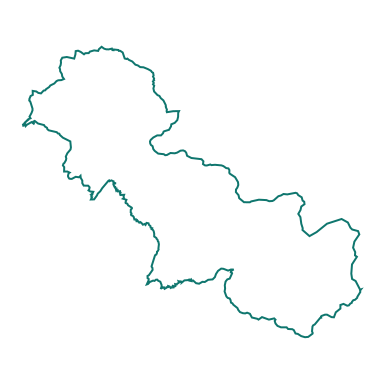 the district of Orastioara De Sus, Hunedoara, Romania
{"feature_id": "2599482B76008210683345", "entity_name": "Orastioara De Sus", "entity_type": "district", "adm_level": 2, "iso_a3": "ROU", "parent_name": "Romania", "parent_adm1": "Hunedoara", "projection": "albers", "projection_center": [23.232, 45.653], "detail": "fine", "context": "isolated", "style": "outline", "palette": "teal", "viewbox_px": 384, "rotation_deg": 0, "n_neighbors": 0, "source": "geoboundaries", "source_scale": "gbopen_adm2", "svg_char_len": 5930}
<svg xmlns="http://www.w3.org/2000/svg" viewBox="0 0 384 384"><path d="M304.5,204.2L304.2,201.7L302.6,200.6L301.7,197.3L298.2,195.1L297.2,193.4L295.6,192.8L287.3,194.4L283.5,194.0L280.9,195.5L278.4,196.2L273.8,200.3L272.3,201.0L269.2,201.2L266.4,200.1L258.9,199.7L251.2,201.4L249.8,202.3L244.0,202.2L239.2,198.2L238.5,195.1L235.9,192.1L236.0,189.5L237.3,187.7L238.3,185.0L238.0,182.1L235.1,177.2L229.7,173.6L229.3,172.8L229.4,170.1L228.4,168.4L226.2,168.1L223.4,166.1L221.5,165.4L215.0,164.8L211.4,165.1L210.3,164.5L206.8,165.5L205.0,165.4L203.0,164.1L203.4,161.3L201.5,159.2L191.4,158.0L187.1,155.8L186.2,152.7L185.0,151.2L183.1,150.4L180.4,150.7L177.2,152.6L174.8,153.3L170.5,153.0L166.9,155.0L165.2,155.2L163.8,154.2L158.2,153.6L154.7,150.9L153.3,149.1L152.6,146.2L150.9,144.9L150.2,143.4L150.0,141.4L150.7,139.9L153.3,137.5L157.2,135.4L161.0,135.4L163.0,133.3L163.6,131.6L164.4,131.2L169.0,129.8L171.0,126.4L171.3,124.3L174.7,122.9L177.3,120.1L178.1,116.8L178.2,112.8L179.0,111.1L173.2,111.2L166.9,112.2L166.6,111.1L166.9,109.5L165.9,107.3L165.8,105.9L165.0,105.6L165.8,105.7L165.7,105.0L163.4,100.4L160.8,98.2L159.4,95.9L157.5,95.1L154.1,91.5L153.4,88.4L154.2,85.6L153.0,84.3L153.8,83.0L152.9,81.4L154.1,80.2L153.7,79.6L154.1,78.6L153.0,76.5L153.6,75.5L153.1,72.8L151.9,72.1L151.0,70.8L147.9,69.1L143.5,67.3L140.2,67.1L137.8,65.4L135.4,64.7L132.3,61.5L128.9,59.9L127.4,58.6L126.6,59.0L124.7,58.5L122.7,52.5L120.3,50.9L118.8,50.9L118.4,50.0L113.9,49.5L113.7,50.2L112.4,50.1L111.9,48.6L108.6,49.4L106.2,49.3L104.2,48.7L101.6,46.8L98.9,49.2L98.2,50.9L94.1,50.4L89.9,51.6L88.7,53.1L85.3,53.2L84.0,54.3L80.7,51.9L78.1,50.7L76.1,51.0L75.7,51.1L75.4,54.5L74.2,58.6L66.8,57.0L62.3,57.7L60.8,60.4L61.0,62.7L60.6,65.2L59.4,67.8L60.0,69.0L60.2,71.3L61.8,73.9L62.3,76.6L64.0,79.0L61.3,80.1L58.2,80.3L56.5,81.1L54.3,83.5L50.3,85.5L49.2,87.0L45.9,89.3L45.3,90.3L43.6,90.6L41.0,93.4L38.3,92.9L36.4,91.5L32.7,90.9L32.8,94.9L30.6,96.0L29.3,99.2L29.6,100.1L29.3,100.6L30.4,101.9L32.5,108.6L32.5,110.4L31.5,113.0L29.5,116.7L30.5,118.3L28.3,119.2L27.2,120.3L27.5,120.4L24.9,122.5L25.2,122.9L23.0,124.6L23.3,125.7L25.2,124.9L25.6,126.1L26.8,124.8L31.5,122.1L33.7,123.7L34.0,123.1L33.4,122.4L33.3,121.6L34.7,120.9L38.0,123.5L44.1,125.1L44.8,126.4L47.0,127.8L47.4,129.2L48.7,130.3L56.8,132.2L57.8,133.4L59.3,133.7L59.9,135.0L62.9,137.7L70.3,141.4L70.9,147.4L70.5,149.5L67.3,153.3L65.8,156.6L66.3,158.5L65.9,160.3L64.3,163.1L63.5,163.6L62.9,165.4L64.2,167.1L64.1,171.5L67.3,171.5L69.6,172.6L68.6,173.3L68.0,175.6L68.1,176.7L69.1,178.5L70.0,178.8L71.8,178.9L75.7,176.8L79.0,177.3L80.5,175.8L80.7,177.8L82.3,180.6L82.3,183.2L83.7,185.6L88.2,185.7L89.6,187.3L89.3,189.1L88.5,190.4L90.3,191.5L93.3,191.8L92.8,193.0L91.2,194.5L92.1,194.8L91.3,196.0L91.4,197.0L92.0,197.2L90.9,199.5L94.1,199.4L96.9,195.5L97.8,193.6L100.3,191.2L102.2,188.2L108.4,180.8L109.1,180.4L109.5,181.2L111.4,180.4L113.6,181.4L113.4,182.7L116.0,183.3L113.8,183.7L113.4,184.4L114.3,186.5L115.1,186.8L114.9,187.6L115.6,188.2L116.1,190.1L116.7,189.2L117.2,190.8L117.7,190.5L117.8,191.4L120.0,191.2L119.9,192.6L120.5,192.7L120.1,194.0L120.4,195.0L124.1,194.8L123.6,196.2L123.9,198.0L123.0,198.7L126.4,199.8L125.5,202.3L125.7,203.1L127.3,203.7L128.1,205.3L131.8,207.7L131.9,208.5L130.8,209.6L130.7,212.4L131.5,213.4L131.0,214.7L131.3,215.3L132.7,215.8L133.7,216.9L134.4,219.5L135.9,219.3L136.4,220.9L137.2,220.4L137.4,221.3L138.3,221.3L139.2,222.6L140.1,222.2L140.2,222.6L141.2,222.6L142.9,224.7L144.6,224.0L145.5,224.9L146.5,222.9L148.5,223.3L149.0,224.9L150.4,226.0L150.6,227.5L152.2,228.2L151.6,229.1L152.9,229.9L153.7,231.2L154.2,233.6L154.2,236.5L156.3,237.9L156.5,238.7L157.5,239.7L157.9,241.3L158.4,241.7L158.9,244.3L158.4,248.6L158.6,249.4L157.9,250.9L157.0,251.7L157.0,252.9L156.3,254.6L155.4,254.9L154.9,255.7L151.6,266.2L151.6,266.7L152.4,267.8L152.6,269.9L148.9,275.2L147.5,276.0L147.6,278.2L148.6,278.8L148.7,280.1L146.8,284.4L148.0,284.0L149.8,282.0L153.1,280.6L154.5,280.9L156.0,279.7L157.4,279.7L158.1,280.7L160.3,281.7L161.6,285.0L161.6,286.5L160.7,289.1L161.7,287.3L162.6,287.2L162.9,287.8L164.0,287.4L164.6,288.8L166.4,287.8L166.5,287.2L168.0,287.1L168.1,286.0L169.6,286.5L170.5,287.8L170.9,287.4L171.8,287.7L172.6,286.1L173.5,287.0L173.7,286.1L174.6,286.5L175.4,286.1L175.2,284.1L176.7,284.5L177.3,283.6L178.5,283.0L178.9,282.1L178.6,281.3L179.9,281.8L180.3,280.6L180.5,282.0L181.6,281.7L182.1,282.0L182.0,282.4L184.4,280.4L187.9,280.1L189.2,279.5L190.0,279.8L189.6,280.7L191.0,281.0L190.5,280.0L191.1,279.4L191.9,280.9L193.1,280.5L196.1,283.2L199.1,283.7L202.4,281.8L204.8,282.0L208.2,279.8L212.6,279.4L214.9,277.1L216.0,274.0L218.0,270.9L221.2,268.6L223.4,268.8L228.1,270.6L231.0,269.5L233.7,269.5L231.1,270.8L230.8,272.3L231.7,272.5L232.1,273.3L229.7,278.6L227.3,279.4L225.6,281.5L224.8,285.3L225.1,288.5L224.6,291.5L226.4,296.5L227.7,297.9L229.7,298.5L230.5,300.0L231.0,302.6L232.4,303.3L233.4,304.8L237.4,308.0L238.3,310.0L240.0,312.1L242.9,313.2L245.2,313.4L247.1,312.7L249.9,313.8L251.9,317.5L257.3,318.8L258.5,319.6L262.0,317.1L268.9,319.6L274.2,318.4L275.5,319.7L274.7,320.9L275.5,323.5L277.5,325.9L280.9,327.3L286.6,327.3L288.1,329.0L292.3,329.2L293.8,330.1L295.5,333.5L297.8,333.9L301.2,336.1L305.0,337.2L308.2,336.9L312.5,333.7L312.7,333.0L312.0,331.3L312.5,326.5L313.1,325.4L314.8,324.4L320.2,317.9L321.2,317.7L321.0,316.5L321.7,315.9L324.9,314.7L327.1,314.7L331.5,317.1L333.9,317.3L335.8,312.3L340.4,308.6L340.4,305.0L343.5,303.9L347.2,305.7L348.8,305.4L350.4,303.5L351.7,302.9L352.0,301.8L353.3,300.2L355.0,299.8L357.2,297.8L357.3,296.9L360.3,292.0L360.1,290.6L361.0,289.4L360.1,289.7L355.6,281.0L352.1,279.0L351.3,273.7L352.0,264.4L356.9,256.8L355.0,255.4L355.2,252.1L353.1,247.7L354.4,241.6L359.3,234.4L358.1,231.1L352.2,229.5L350.4,227.7L347.9,222.5L341.6,219.0L327.0,223.7L316.6,232.1L309.5,236.1L302.5,230.0L302.7,228.2L301.3,223.8L300.4,217.1L298.3,213.9L300.5,210.0L301.3,206.5L304.5,204.2Z" fill="none" stroke="#0f766e" stroke-width="2"/></svg>